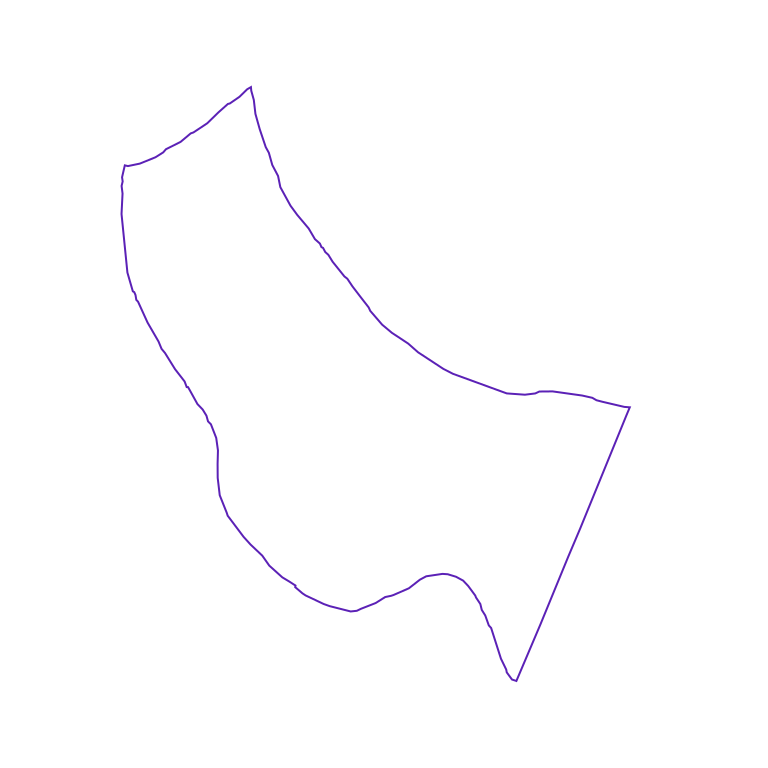 La Democracia, Huehuetenango, Guatemala (Albers equal-area conic projection), rotated 173°
{"feature_id": "79465075B38360675898536", "entity_name": "La Democracia", "entity_type": "district", "adm_level": 2, "iso_a3": "GTM", "parent_name": "Guatemala", "parent_adm1": "Huehuetenango", "projection": "albers", "projection_center": [-91.866, 15.617], "detail": "fine", "context": "isolated", "style": "outline", "palette": "violet", "viewbox_px": 768, "rotation_deg": 173, "n_neighbors": 0, "source": "geoboundaries", "source_scale": "gbopen_adm2", "svg_char_len": 1781}
<svg xmlns="http://www.w3.org/2000/svg" viewBox="0 0 768 768"><g transform="rotate(173 384 384)"><path d="M614.6,632.6L618.8,621.1L618.7,616.9L620.3,612.6L620.3,604.9L623.8,584.7L625.1,525.9L622.0,506.6L620.7,505.6L619.8,502.6L619.6,497.7L618.1,495.7L611.2,473.8L602.6,453.6L600.5,446.0L597.6,441.5L589.6,424.2L581.6,410.8L580.2,405.0L578.9,404.8L577.4,401.2L571.6,386.8L567.1,380.8L564.1,374.2L563.2,368.3L560.7,365.1L557.1,350.9L556.9,338.3L558.9,325.0L560.5,311.1L560.6,293.6L555.8,275.4L555.2,272.3L553.4,269.2L542.0,249.4L536.1,241.0L525.7,228.4L520.0,217.7L508.5,204.5L502.0,199.4L496.4,194.7L496.9,193.2L490.5,186.2L487.6,183.7L470.7,173.0L464.9,170.1L444.8,162.3L438.6,162.2L434.2,163.7L419.0,167.6L408.8,172.4L402.8,172.9L400.3,173.4L384.2,178.2L372.2,185.4L365.5,188.0L349.1,188.4L343.9,187.4L336.0,183.9L329.4,179.2L325.0,173.2L319.2,162.9L318.7,160.9L315.2,153.9L314.5,147.9L311.7,141.9L309.4,131.6L307.4,128.8L301.4,97.1L297.5,85.7L297.3,82.8L293.0,75.1L288.8,73.1L258.0,126.4L222.2,190.1L206.8,216.8L147.4,323.0L142.9,330.9L148.3,332.0L169.0,339.6L175.1,342.0L178.9,344.9L188.7,348.4L217.5,356.1L230.7,357.6L235.0,356.2L245.4,356.2L263.3,359.7L314.3,385.7L323.3,391.8L346.3,411.3L355.1,421.2L369.9,433.8L378.6,443.1L388.7,458.2L389.9,461.9L397.0,473.8L403.4,484.7L407.6,493.0L410.2,495.6L420.1,511.6L423.5,519.0L426.2,522.1L427.9,526.5L429.4,527.5L430.5,531.2L434.9,536.2L439.8,547.5L449.5,562.4L455.1,572.4L462.9,592.0L463.8,603.4L468.2,615.0L470.1,627.5L472.5,633.5L476.3,652.1L478.7,667.8L478.6,681.8L480.0,691.2L479.9,694.9L483.9,693.2L492.4,686.7L502.9,681.2L504.8,681.0L515.2,673.8L527.7,664.3L542.5,656.9L545.3,656.3L556.4,649.1L571.8,643.6L574.9,640.8L583.2,636.9L599.5,632.5L611.6,631.5L614.6,632.6Z" fill="none" stroke="#5b21b6" stroke-width="2"/></g></svg>